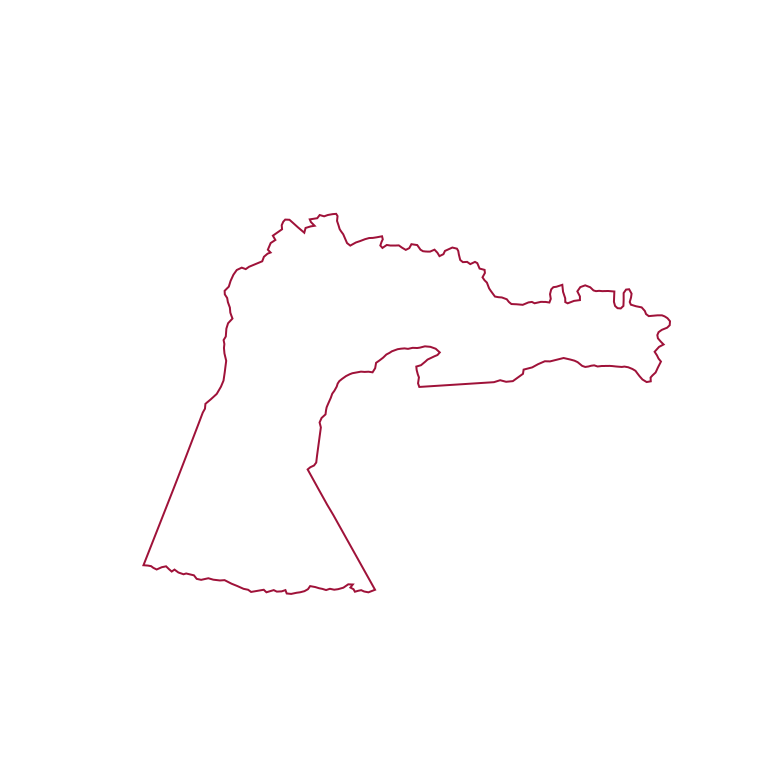 Pires do Rio, Goiás, Brazil, rotated 249°
{"feature_id": "56859067B52460310339831", "entity_name": "Pires do Rio", "entity_type": "district", "adm_level": 2, "iso_a3": "BRA", "parent_name": "Brazil", "parent_adm1": "Goiás", "projection": "mercator", "projection_center": [-48.385, -17.309], "detail": "fine", "context": "isolated", "style": "outline", "palette": "rose", "viewbox_px": 768, "rotation_deg": 249, "n_neighbors": 0, "source": "geoboundaries", "source_scale": "gbopen_adm2", "svg_char_len": 4304}
<svg xmlns="http://www.w3.org/2000/svg" viewBox="0 0 768 768"><g transform="rotate(249 384 384)"><path d="M320.7,659.2L324.3,657.6L328.5,656.1L331.7,656.7L334.0,658.9L335.0,662.8L335.1,668.5L336.5,671.8L340.1,673.5L343.9,672.2L346.6,670.2L348.5,668.1L350.1,663.9L352.5,655.5L355.4,653.7L358.7,653.7L363.2,652.0L366.3,647.1L369.6,642.9L372.5,642.8L376.2,645.6L379.6,647.5L384.6,646.8L385.4,643.8L383.0,640.3L376.7,637.9L371.1,635.5L369.7,632.1L371.1,629.2L374.1,627.7L378.3,628.1L387.8,632.2L390.5,626.6L392.5,621.0L393.9,618.2L394.7,615.2L396.3,613.1L400.4,611.2L404.0,607.2L404.1,602.0L401.2,597.7L395.6,598.3L392.1,597.0L393.5,591.2L393.5,584.4L395.5,582.6L399.1,583.9L405.9,584.2L412.7,586.0L413.0,579.8L413.7,576.8L412.4,574.0L408.4,571.2L403.7,570.2L400.8,567.6L402.8,564.1L404.5,559.7L405.4,553.5L407.6,551.5L408.4,548.1L408.2,541.9L410.8,536.6L413.0,531.6L415.8,530.0L419.1,529.0L422.6,525.0L424.0,522.0L425.9,518.9L432.5,517.1L435.6,516.4L441.8,516.4L444.9,515.0L448.3,514.2L451.5,518.0L454.5,518.8L457.5,514.6L463.4,514.4L465.4,512.7L465.0,507.5L468.2,505.4L469.5,501.3L472.5,499.6L478.1,500.3L481.6,501.0L484.2,500.6L486.9,496.7L486.4,488.6L483.9,486.0L483.5,481.6L487.4,480.9L491.3,479.3L491.1,474.5L492.5,470.9L494.0,468.0L496.3,466.2L501.8,464.8L504.7,459.7L501.8,456.3L501.4,452.4L504.8,449.7L508.1,447.5L509.3,443.9L510.9,439.7L512.8,436.4L511.6,431.3L514.6,430.2L517.5,432.6L519.5,434.7L522.6,435.1L523.6,429.6L524.4,425.9L525.6,422.4L526.0,418.1L526.0,412.9L526.2,408.5L525.3,402.1L528.8,400.0L533.3,399.8L538.4,399.6L542.0,398.6L544.5,398.1L548.4,398.4L553.1,398.6L557.4,400.8L560.0,400.3L561.0,396.9L561.9,392.1L562.0,388.2L564.8,384.5L562.7,381.1L564.3,373.7L561.4,373.8L556.6,375.9L557.4,372.1L557.8,366.7L553.8,363.8L561.1,359.8L566.8,356.9L571.2,354.6L572.9,350.7L571.6,348.1L568.9,345.4L565.0,344.3L562.3,333.4L557.4,334.2L556.2,328.7L551.0,323.7L547.4,325.2L547.4,322.0L545.8,317.5L542.2,314.3L541.8,300.0L540.8,296.1L543.6,292.9L543.2,287.4L540.0,282.6L535.2,277.7L530.5,274.0L528.1,268.6L524.7,267.5L520.5,268.4L516.4,267.6L510.6,267.5L505.7,266.1L502.5,266.0L499.4,266.0L496.6,260.2L492.2,256.7L485.0,253.3L482.5,250.0L478.5,249.3L475.0,247.5L469.7,246.0L462.2,245.0L457.4,242.4L451.8,239.4L444.7,235.4L439.9,230.8L434.7,224.3L431.8,216.9L429.5,210.2L425.1,208.0L422.3,204.6L414.1,197.3L384.6,170.8L368.9,156.6L360.0,148.5L301.0,94.5L299.1,98.5L297.4,101.3L295.0,102.8L292.3,105.3L292.6,110.8L291.9,115.2L288.0,117.0L285.0,118.6L285.8,121.9L281.7,124.5L278.2,128.7L278.0,131.4L273.5,138.0L269.2,139.3L266.7,143.1L265.6,150.4L262.5,154.5L259.4,160.4L258.0,164.9L252.2,170.1L248.1,174.5L243.1,179.5L240.6,183.4L237.5,185.4L235.0,198.0L231.7,199.6L231.1,207.2L228.6,209.5L227.1,214.1L226.9,218.1L223.3,218.1L221.3,222.1L220.4,227.7L219.6,231.1L219.1,235.5L219.7,239.5L221.8,242.6L219.1,247.0L216.6,250.2L214.9,252.9L212.4,256.1L212.2,260.1L209.8,263.8L208.9,267.6L208.4,273.1L209.8,278.8L208.0,283.0L206.0,279.7L203.3,282.0L200.5,282.4L200.2,285.8L199.7,288.8L197.4,291.1L195.1,294.8L195.1,301.9L280.0,289.7L291.6,287.7L309.2,285.2L331.6,282.1L332.7,285.4L333.0,289.5L335.0,292.6L340.9,295.7L366.1,309.5L371.2,310.1L374.7,313.6L376.6,318.5L380.3,320.5L382.8,322.1L385.6,324.8L390.3,329.5L393.5,332.2L395.5,335.3L398.5,338.9L401.0,340.9L402.7,343.3L403.8,346.7L405.0,351.4L405.4,355.5L405.4,358.3L403.8,366.9L402.2,370.3L401.0,374.0L399.0,377.5L401.9,381.4L406.6,384.2L407.6,388.2L408.9,392.6L410.7,396.8L411.1,400.3L411.7,403.1L411.6,409.2L410.9,412.4L409.9,415.9L408.2,419.0L407.5,423.7L405.7,427.9L405.1,430.5L404.5,435.7L402.1,440.6L398.4,444.9L393.5,447.4L391.9,444.3L391.8,441.0L391.2,433.4L390.1,430.6L388.3,425.3L388.7,420.4L385.3,419.5L380.8,419.0L377.7,419.0L372.4,416.0L368.6,415.9L346.3,487.3L345.9,493.8L342.3,498.8L340.5,505.3L343.7,517.4L347.4,519.5L346.4,528.3L347.3,535.0L347.6,542.3L345.6,547.1L343.9,561.0L340.0,566.8L337.5,570.2L335.0,572.6L329.9,575.5L327.8,578.0L327.1,581.1L326.8,584.0L326.1,586.9L323.8,589.7L322.8,593.6L320.1,601.0L318.9,603.6L317.2,606.9L314.7,612.1L314.1,614.7L312.1,618.0L309.0,621.3L306.2,623.5L303.3,624.3L299.6,625.4L295.6,626.9L291.7,629.9L290.9,634.0L294.5,635.2L295.8,637.7L297.4,641.7L301.2,645.6L305.7,650.6L309.4,649.4L312.9,649.1L317.1,648.2L320.1,654.1L320.7,659.2Z" fill="none" stroke="#9f1239" stroke-width="2"/></g></svg>